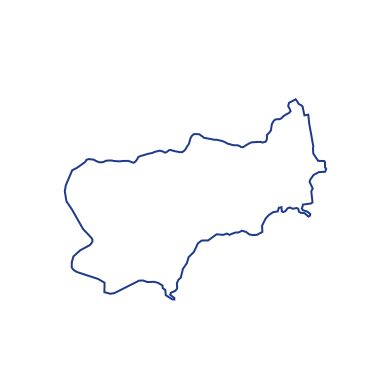 Lattakia, Lattakia, Syria (orthographic projection), rotated 225°
{"feature_id": "27442178B94813764709421", "entity_name": "Lattakia", "entity_type": "district", "adm_level": 2, "iso_a3": "SYR", "parent_name": "Syria", "parent_adm1": "Lattakia", "projection": "orthographic", "projection_center": [35.92, 35.7], "detail": "fine", "context": "isolated", "style": "outline", "palette": "blue", "viewbox_px": 384, "rotation_deg": 225, "n_neighbors": 0, "source": "geoboundaries", "source_scale": "gbopen_adm2", "svg_char_len": 4459}
<svg xmlns="http://www.w3.org/2000/svg" viewBox="0 0 384 384"><g transform="rotate(225 192 192)"><path d="M292.1,122.7L286.0,107.6L283.4,103.9L282.4,102.5L276.8,98.5L274.1,96.6L264.7,94.8L254.1,91.9L243.0,88.8L242.8,88.8L242.7,88.8L240.7,88.7L239.7,88.7L235.8,88.6L235.3,88.6L230.2,88.4L228.7,87.8L228.4,87.7L228.1,87.3L227.6,86.7L227.2,86.2L226.8,83.7L226.7,83.4L226.6,82.6L229.8,71.8L230.3,62.6L228.2,58.9L227.3,57.3L227.2,57.2L223.7,53.6L223.0,53.5L222.3,53.4L221.6,53.3L220.9,53.3L220.3,53.2L219.9,53.3L219.1,53.5L218.7,53.6L216.7,54.1L206.6,59.2L204.3,60.4L202.7,61.2L196.7,64.2L194.8,64.7L194.3,64.8L193.3,65.1L189.7,66.0L186.6,62.9L185.0,61.1L184.7,60.8L184.6,60.7L183.1,59.2L181.1,60.4L177.8,62.3L175.4,65.6L174.3,68.9L171.2,78.4L169.6,83.2L166.7,92.0L163.9,94.9L161.1,96.2L160.5,96.5L159.9,96.8L157.5,99.3L155.3,101.7L151.7,103.8L147.5,104.8L146.7,105.0L146.6,104.8L144.6,103.3L141.7,103.9L137.6,100.5L132.5,101.6L131.0,101.9L130.9,102.0L130.3,102.1L129.9,102.2L129.5,102.6L129.1,103.0L128.5,103.5L129.6,104.6L134.0,104.0L134.3,103.9L134.7,103.9L135.7,105.7L134.4,109.0L134.0,109.9L134.1,111.9L134.2,113.2L137.8,116.5L138.3,117.0L139.6,120.6L139.5,121.3L139.4,123.6L142.3,128.3L144.1,131.3L145.3,138.1L148.3,143.5L148.3,147.9L148.3,151.0L151.5,159.9L150.9,164.4L149.7,165.7L146.7,168.8L146.5,169.1L146.4,169.1L146.1,170.7L144.7,179.5L140.5,183.0L139.7,183.6L139.3,184.4L138.0,187.2L135.2,188.2L135.2,188.3L134.3,190.4L133.6,192.0L133.0,193.3L132.6,194.1L130.5,196.3L130.2,197.2L129.3,200.0L125.5,202.0L122.6,202.4L121.9,202.5L121.6,202.5L118.5,204.5L117.7,205.4L115.8,207.7L115.1,210.0L114.0,213.5L116.5,215.8L118.6,217.7L119.6,220.5L121.2,225.5L121.4,229.8L120.4,235.0L119.3,236.6L117.9,238.6L117.8,238.8L117.7,238.9L119.4,242.2L118.0,244.5L114.9,241.9L114.6,242.0L114.0,242.0L113.5,242.1L113.4,242.2L113.2,242.6L112.8,243.6L112.4,244.5L112.5,245.1L112.9,248.0L111.9,250.2L110.2,250.9L108.9,251.4L106.8,254.5L106.6,254.8L105.7,255.0L104.9,255.2L103.8,254.5L102.4,253.7L100.4,254.2L99.2,255.2L97.5,256.6L95.3,256.8L94.1,256.8L93.1,256.9L92.3,256.9L92.0,258.1L91.9,258.8L92.8,260.1L94.0,259.9L94.7,259.9L96.9,259.6L97.3,259.3L100.7,257.6L101.4,257.7L102.5,257.9L104.6,261.6L99.7,268.1L99.5,269.9L108.1,276.8L108.9,279.2L109.1,279.8L116.0,282.3L117.0,284.2L117.1,284.4L117.3,285.3L118.1,290.0L116.3,295.8L112.7,299.9L112.2,300.4L112.2,300.5L113.4,303.2L115.5,303.6L118.0,306.1L118.9,307.1L120.4,307.4L123.7,304.3L124.3,303.7L124.8,303.2L126.7,303.6L133.3,304.9L137.4,308.4L138.5,310.1L140.8,311.6L147.0,316.0L157.0,322.9L164.5,328.9L165.4,327.6L166.2,326.4L166.7,325.7L169.5,327.5L172.3,329.3L172.5,329.4L174.1,330.6L175.1,330.6L176.1,330.6L176.3,330.5L178.9,329.7L181.8,330.5L184.3,330.8L184.9,328.5L185.4,327.0L185.5,326.6L185.8,325.9L186.5,323.7L184.7,320.7L182.3,320.1L179.4,318.8L179.3,316.4L180.3,313.4L181.0,310.2L180.9,307.2L181.7,305.2L183.2,303.8L184.4,302.0L184.5,300.0L183.7,296.9L182.3,294.7L179.9,291.6L179.5,289.8L179.3,287.2L179.4,285.2L178.7,284.7L178.2,284.3L176.1,281.8L175.5,279.6L176.1,278.6L176.6,277.7L177.0,276.9L178.6,276.2L180.7,274.1L183.2,271.3L185.1,269.1L186.0,266.5L187.1,262.3L187.5,260.0L188.2,259.2L189.2,258.4L190.4,258.3L192.5,257.5L193.8,256.3L195.4,254.7L196.9,253.7L198.7,252.7L201.2,251.3L204.1,250.5L206.6,249.5L208.5,248.3L211.6,246.3L213.4,244.5L214.7,243.7L215.7,243.1L218.7,241.0L221.8,238.8L223.9,238.6L226.2,238.2L227.6,238.0L229.5,236.4L231.6,234.2L231.8,231.6L231.2,229.2L229.8,226.7L228.5,224.3L227.9,222.7L227.7,220.8L227.2,219.1L226.7,217.2L226.8,214.8L227.2,213.1L228.4,212.0L228.6,211.8L229.1,211.3L230.4,210.5L231.8,209.5L233.9,208.2L234.7,207.7L235.4,207.4L236.7,206.7L237.8,205.3L238.0,203.4L238.0,203.1L238.1,202.9L238.5,201.3L239.0,200.8L239.1,200.7L241.3,200.0L243.5,198.8L244.4,198.0L244.5,197.8L245.2,196.4L246.7,194.2L247.4,192.2L247.8,191.4L248.4,190.4L250.1,187.9L251.0,186.2L251.5,185.3L252.4,183.5L252.7,183.0L253.9,180.9L254.4,179.5L254.7,178.5L254.1,177.0L254.0,176.6L253.6,174.4L253.6,172.4L253.9,171.8L254.0,171.4L255.5,170.6L257.3,169.8L259.2,168.8L260.3,167.6L262.7,165.2L263.5,164.2L264.8,162.5L266.0,161.5L267.5,160.1L269.4,158.5L270.3,158.0L270.8,157.7L272.5,156.1L273.5,154.9L274.8,153.5L275.3,152.1L275.8,150.7L276.9,149.1L278.6,147.5L278.7,147.4L281.2,146.3L283.0,145.8L283.3,145.7L284.9,145.1L286.4,143.7L288.3,142.3L289.1,140.7L289.4,140.0L289.1,139.6L288.8,137.4L289.1,135.7L289.5,133.1L290.5,127.4L292.1,122.7Z" fill="none" stroke="#1e3a8a" stroke-width="2"/></g></svg>